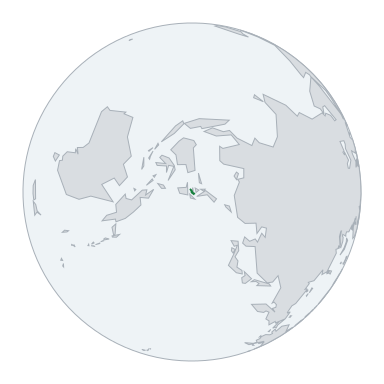 the Earth from above Cebu, rotated 125°
{"feature_id": "PHL-2514", "entity_name": "Cebu", "entity_type": "Province", "adm_level": 1, "iso_a3": "PHL", "parent_name": "Philippines", "parent_adm1": "", "projection": "orthographic", "projection_center": [123.774, 10.35], "detail": "fine", "context": "on_globe", "style": "filled", "palette": "green", "viewbox_px": 384, "rotation_deg": 125, "n_neighbors": 0, "source": "natural_earth", "source_scale": "10m", "svg_char_len": 9389}
<svg xmlns="http://www.w3.org/2000/svg" viewBox="0 0 384 384"><g transform="rotate(125 192 192)"><circle cx="192" cy="192" r="169" fill="#eef3f6" stroke="#a8b0b8"/><path d="M327.0,254.2L326.8,255.4L326.6,255.5L327.0,254.2ZM285.2,51.1L279.2,47.5L274.2,47.0L278.2,50.8L272.9,47.3L284.4,57.8L285.2,62.5L280.8,55.0L277.7,52.6L276.6,54.3L273.1,52.3L270.6,52.2L266.6,49.9L264.3,46.3L261.7,44.9L261.0,46.3L256.6,45.2L257.9,43.3L250.4,41.4L245.1,36.3L252.0,35.1L245.7,32.2L244.7,31.5L258.8,36.8L272.3,43.3L285.2,51.1ZM349.7,142.8L348.3,139.2L349.5,140.8L349.7,142.8ZM347.1,137.5L347.7,138.6L347.2,137.8L347.1,137.5ZM346.6,137.3L347.0,137.4L346.7,137.6L346.6,137.3ZM346.0,137.4L346.3,137.2L346.3,137.4L346.0,137.4ZM344.6,136.5L344.2,136.2L344.3,135.5L344.6,136.5ZM291.2,55.2L289.1,53.8L287.9,52.9L288.3,53.1L291.2,55.2ZM281.9,54.3L282.1,53.4L283.1,55.0L281.9,54.3ZM271.0,52.6L272.0,53.6L270.2,53.2L271.0,52.6ZM262.5,49.4L259.4,48.7L262.2,48.7L262.5,49.4ZM257.3,47.8L249.7,46.6L251.4,48.5L242.4,42.9L251.8,45.5L255.0,45.1L255.0,46.4L257.3,47.8ZM242.9,30.9L242.7,30.8L241.7,30.5L242.9,30.9ZM239.4,29.8L239.7,30.0L233.6,28.3L231.9,27.8L232.0,27.8L239.4,29.8ZM238.7,40.3L236.5,39.6L238.3,39.7L238.7,40.3ZM242.8,31.0L241.3,30.8L235.9,29.3L234.6,29.0L233.3,28.2L242.8,31.0ZM229.6,27.4L227.7,26.9L229.9,27.6L225.9,26.8L225.8,26.5L224.2,26.3L223.0,26.0L224.2,26.2L229.6,27.4ZM216.8,24.9L216.4,24.8L216.0,24.8L216.8,24.9ZM221.7,25.7L220.9,25.5L218.1,25.1L218.8,25.2L221.7,25.7ZM223.3,26.4L229.4,27.7L229.2,27.8L223.3,26.4ZM214.6,24.6L215.0,24.6L214.0,24.5L214.6,24.6ZM220.3,25.7L222.5,26.1L222.2,26.1L220.3,25.7ZM214.0,24.6L213.5,24.5L215.4,24.7L214.0,24.6ZM216.6,25.0L215.8,25.0L216.3,24.9L217.7,25.2L216.6,25.0ZM219.7,25.7L220.3,25.8L218.8,25.5L219.7,25.7ZM207.2,24.0L207.4,23.8L211.6,24.2L210.8,24.3L207.2,24.0ZM48.6,102.7L47.5,104.5L47.1,106.5L56.6,93.8L57.2,90.2L62.7,83.3L66.5,80.6L66.7,84.9L68.8,82.4L73.2,75.1L77.8,71.8L75.2,72.3L72.9,75.2L71.2,75.8L73.2,73.3L74.8,72.1L76.0,70.2L68.3,77.2L65.1,80.9L65.2,80.3L75.0,70.1L85.6,60.7L96.9,52.3L96.7,52.5L97.8,51.8L103.1,48.5L101.3,49.8L106.9,46.4L107.9,46.8L111.3,43.8L117.5,40.8L121.7,39.4L124.3,38.0L117.6,40.4L114.4,42.0L110.6,44.0L105.6,46.8L116.6,40.8L127.9,35.7L135.6,33.4L137.8,33.7L127.7,40.0L123.5,41.2L125.0,39.3L117.7,43.6L121.1,41.9L119.7,43.3L125.3,41.4L124.5,42.3L131.1,39.1L130.9,40.1L126.7,42.0L134.7,40.7L135.9,42.5L138.1,41.9L140.0,40.7L140.2,44.2L141.8,43.6L142.4,42.2L145.9,40.2L152.2,38.2L151.9,39.6L149.6,40.4L144.3,44.6L138.2,47.2L138.7,47.6L143.9,45.7L150.4,40.5L154.3,39.1L151.8,41.3L153.0,40.4L154.9,40.1L156.4,41.2L159.4,38.7L180.0,35.7L185.1,38.2L180.6,40.1L194.7,41.2L199.3,44.9L199.8,43.4L206.9,43.6L205.5,42.4L206.3,41.8L223.9,43.1L227.9,44.9L236.0,44.8L236.3,44.2L233.8,42.8L242.4,42.9L251.4,48.5L250.3,49.6L256.7,52.8L253.4,55.0L253.6,58.7L246.3,60.0L247.0,63.2L249.5,64.2L252.3,69.8L249.9,78.8L241.3,67.1L242.8,55.1L241.2,59.3L238.4,57.2L235.9,58.2L235.1,61.6L237.0,62.6L219.5,64.3L211.2,73.5L219.5,74.3L223.3,78.3L221.1,92.1L200.5,109.0L205.4,116.7L204.8,121.2L198.6,123.1L199.3,116.5L194.2,113.3L195.5,109.6L185.8,111.2L187.2,106.0L178.9,110.3L180.6,114.9L188.7,115.0L180.8,121.7L187.3,130.5L186.6,140.1L170.6,155.4L156.6,158.9L155.5,161.9L150.7,157.7L143.1,163.0L151.0,182.0L150.4,187.2L138.7,195.6L138.6,191.7L126.0,180.5L122.7,192.6L132.2,204.2L135.5,216.8L127.7,212.0L124.6,200.9L120.1,196.6L122.0,186.0L119.6,169.6L111.8,171.4L113.1,165.2L108.6,151.3L97.8,153.7L80.2,167.7L76.7,183.6L71.2,189.8L67.1,164.9L69.5,149.2L65.4,149.7L63.4,135.4L52.6,130.8L53.3,126.6L50.8,127.6L49.7,122.5L51.8,115.9L50.1,115.4L45.2,132.9L47.3,133.7L52.3,128.6L50.3,134.6L51.5,141.2L41.9,153.4L29.5,160.6L32.2,148.5L42.9,114.2L44.8,111.1L45.0,110.7L45.3,110.0L42.3,114.9L45.5,108.6L35.6,131.3L32.2,140.8L29.3,161.3L28.6,162.8L28.8,167.5L34.3,166.2L33.4,170.2L28.5,187.1L24.4,208.4L27.1,226.5L30.7,241.3L31.7,245.5L28.2,233.6L25.6,221.5L23.9,209.3L23.1,196.9L23.2,184.6L24.2,172.2L26.1,160.0L28.9,147.9L32.5,136.1L37.1,124.6L42.4,113.5L48.6,102.7ZM62.9,97.0L65.7,99.8L71.3,90.8L72.8,91.3L74.2,88.2L71.7,90.1L76.1,82.1L79.7,81.0L82.9,77.6L82.2,76.5L74.8,80.1L68.4,91.2L64.9,94.0L62.9,97.0ZM197.2,23.1L197.9,23.2L193.7,23.2L187.0,23.2L188.4,23.3L185.3,23.7L179.6,24.0L182.6,23.6L174.2,24.4L175.0,24.0L174.0,24.2L172.4,24.2L168.7,24.7L182.9,23.3L197.2,23.1ZM210.8,24.1L210.7,24.1L210.8,24.1ZM209.8,24.0L207.1,23.7L206.6,23.8L204.1,23.6L205.8,24.0L197.7,23.5L194.1,23.3L203.1,23.4L209.8,24.0ZM155.1,28.2L157.3,27.5L158.1,27.5L164.1,26.3L164.1,26.8L160.4,27.6L155.1,28.2ZM54.8,95.4L52.9,97.3L53.8,95.8L54.3,95.4L54.8,95.4ZM156.0,28.5L158.5,27.9L156.9,28.5L156.0,28.5ZM164.3,27.1L163.0,27.7L164.7,26.7L164.3,27.1ZM100.7,328.3L104.2,330.5L102.6,330.1L100.7,328.3ZM35.8,244.1L42.9,268.4L41.3,267.1L37.5,259.1L32.6,243.8L33.3,241.0L32.7,234.6L35.8,244.1ZM178.0,249.4L183.3,250.6L183.1,251.4L178.0,249.4ZM172.5,246.3L178.5,247.1L171.6,247.8L172.5,246.3ZM180.8,247.4L186.8,246.5L189.5,245.5L189.0,247.0L180.8,247.4ZM168.5,245.9L147.3,243.4L139.0,240.4L140.8,237.8L154.2,240.1L168.5,245.9ZM140.2,237.7L127.8,228.2L111.8,202.7L117.5,203.9L134.4,220.2L133.3,222.5L140.8,229.8L140.2,237.7ZM170.8,226.4L169.6,233.6L157.8,231.8L152.5,230.0L148.8,220.1L150.8,215.6L155.1,216.2L172.6,201.9L178.5,206.5L173.0,212.7L177.9,219.6L170.8,226.4ZM77.1,185.3L79.4,195.6L76.5,196.6L77.1,185.3ZM180.2,191.3L172.8,197.6L179.7,188.9L180.2,191.3ZM184.6,182.9L184.8,186.5L182.1,182.8L184.6,182.9ZM154.8,166.7L150.2,167.0L150.3,164.5L156.3,162.7L154.8,166.7ZM185.9,148.4L184.9,155.6L183.7,157.9L182.1,153.3L185.9,148.4ZM158.8,34.6L150.5,35.4L144.4,37.0L140.9,39.1L142.3,36.8L151.6,34.3L158.8,34.6ZM177.4,35.3L180.5,33.9L181.6,34.6L181.0,35.1L177.4,35.3ZM177.5,34.3L176.7,32.4L180.0,31.8L180.0,33.4L177.5,34.3ZM166.0,29.5L163.5,29.6L164.9,29.0L166.0,29.5ZM287.3,316.2L289.2,317.1L284.4,321.4L277.8,325.8L271.6,327.4L287.3,316.2ZM238.4,326.9L237.8,321.9L245.0,321.7L242.4,326.0L238.4,326.9ZM291.9,312.8L296.2,308.1L297.5,302.4L297.4,307.5L301.2,307.5L290.7,316.7L291.9,312.8ZM210.9,304.5L178.1,312.2L170.7,310.2L172.2,306.0L164.5,292.0L166.9,292.5L164.8,283.2L183.9,276.5L197.5,262.3L208.6,264.1L216.7,253.5L228.4,255.1L225.2,263.7L237.6,270.3L245.3,251.0L253.4,272.5L262.8,280.4L266.1,293.5L251.3,314.6L242.3,318.5L240.3,316.4L236.7,318.4L230.6,317.3L226.8,310.1L223.2,312.1L226.4,307.0L221.3,311.4L217.9,306.7L210.9,304.5ZM294.5,270.9L296.4,271.5L299.4,275.1L296.4,274.5L294.5,270.9ZM322.3,258.7L323.2,260.4L321.2,260.9L322.3,258.7ZM326.6,255.5L324.3,256.3L327.0,254.2L326.6,255.5ZM303.7,258.7L304.7,260.0L304.0,260.5L303.7,258.7ZM303.0,258.3L304.0,256.2L303.9,258.3L303.0,258.3ZM294.0,246.7L295.1,245.6L295.6,246.5L294.0,246.7ZM191.1,251.4L198.3,246.4L202.4,246.2L191.1,251.4ZM292.4,244.4L289.6,244.1L289.9,243.0L292.4,244.4ZM292.5,241.7L292.2,240.1L293.9,243.9L292.5,241.7ZM287.1,238.0L290.5,240.9L286.7,238.3L287.1,238.0ZM285.1,238.3L282.7,236.9L282.8,236.5L285.1,238.3ZM258.1,239.2L267.2,249.1L260.0,248.5L251.9,242.2L245.9,247.3L232.0,245.5L235.1,242.3L233.1,236.9L219.0,233.8L216.1,230.2L221.1,228.3L211.8,224.9L222.0,224.1L226.2,231.4L231.9,226.4L242.0,228.5L251.9,231.5L260.0,237.2L258.1,239.2ZM222.1,239.5L223.9,239.6L222.4,241.6L222.1,239.5ZM278.0,232.9L281.6,236.4L281.2,237.3L279.4,236.7L278.0,232.9ZM261.8,236.1L270.5,230.9L272.6,231.1L266.8,237.3L261.8,236.1ZM268.3,227.0L272.4,228.0L274.6,231.4L273.8,232.3L268.3,227.0ZM201.5,231.3L201.1,233.2L198.5,231.5L201.5,231.3ZM204.8,230.5L212.7,233.2L204.1,232.1L204.8,230.5ZM181.4,221.6L183.6,226.4L190.7,224.1L185.3,227.8L190.2,235.8L188.6,238.5L183.8,229.9L182.2,238.2L179.1,237.7L177.3,230.3L180.4,221.8L183.5,218.5L196.3,218.2L181.4,221.6ZM204.7,224.9L202.7,219.4L204.2,215.9L206.5,219.0L204.7,224.9ZM196.8,206.0L191.5,199.4L186.6,201.3L196.8,193.7L200.1,201.3L196.8,206.0ZM192.6,192.2L187.9,193.9L192.9,189.4L192.6,192.2ZM186.9,191.7L186.5,187.4L190.1,188.4L186.9,191.7ZM195.0,192.6L196.2,185.5L197.8,189.9L195.0,192.6ZM185.5,177.9L192.9,185.6L183.0,181.6L183.5,168.0L187.7,168.1L185.5,177.9ZM214.8,127.4L214.3,123.7L218.4,123.4L217.6,126.0L214.8,127.4ZM231.2,120.1L219.3,122.1L209.6,124.3L212.2,126.3L209.4,132.1L205.9,126.0L213.2,120.1L220.4,119.6L222.1,114.8L227.8,112.1L227.6,106.1L230.3,103.8L232.7,109.4L231.2,120.1ZM227.2,103.5L228.9,93.5L236.3,95.9L237.6,98.6L233.7,102.1L230.0,100.6L227.2,103.5ZM231.5,92.0L228.0,90.6L223.0,76.0L223.9,73.6L231.5,85.2L228.6,84.6L228.5,88.0L231.5,92.0ZM236.8,40.4L236.5,39.7L238.1,40.5L236.8,40.4ZM205.4,41.1L206.7,40.4L208.6,41.1L205.4,41.1ZM211.4,38.9L208.4,38.5L211.7,38.4L211.4,38.9ZM201.7,37.9L207.3,38.1L201.8,38.8L201.7,37.9Z" fill="#d9dde1" stroke="#a8b0b8" stroke-width="1"/><path d="M192.3,192.3L192.2,192.3L191.8,192.6L191.8,192.8L191.7,192.8L191.6,193.1L191.6,193.3L191.2,194.1L191.2,194.3L191.0,194.5L190.8,194.7L190.8,194.8L190.7,194.8L190.7,194.7L190.8,193.7L190.9,193.4L190.9,193.2L191.0,193.1L191.0,192.9L191.2,192.7L191.3,192.6L191.4,192.3L191.5,192.1L191.8,191.7L191.8,191.4L192.0,191.1L192.2,190.9L192.4,190.3L192.5,190.2L192.4,190.0L192.4,189.9L192.5,189.9L192.5,189.7L192.7,189.3L192.8,189.3L192.8,189.5L192.7,189.8L192.8,189.9L192.8,190.0L192.8,190.3L192.8,190.5L192.7,190.8L192.8,191.2L192.8,191.3L192.8,191.6L192.7,191.8L192.6,192.0L192.6,191.9L192.4,191.7L192.3,191.8L192.2,192.0L192.3,192.3ZM192.1,189.6L191.9,189.7L191.8,189.4L191.9,189.2L192.0,189.3L192.0,189.5L192.1,189.6Z" fill="#22c55e" stroke="#15803d" stroke-width="1.5"/></g></svg>